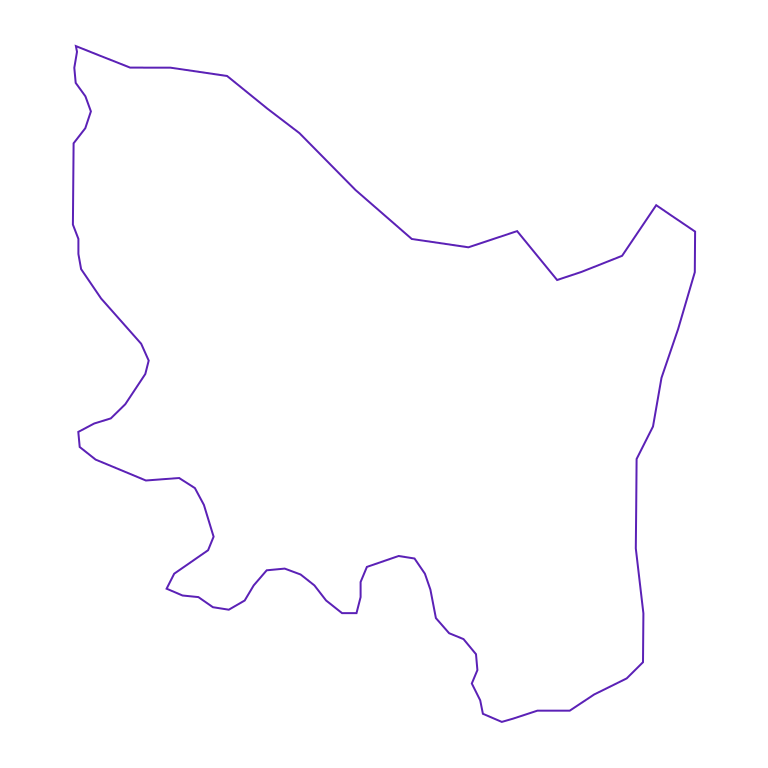 Unpha, Hwanghae-bukto, North Korea (Robinson projection)
{"feature_id": "82179303B22390657322605", "entity_name": "Unpha", "entity_type": "district", "adm_level": 2, "iso_a3": "PRK", "parent_name": "North Korea", "parent_adm1": "Hwanghae-bukto", "projection": "robinson", "projection_center": [125.8, 38.378], "detail": "fine", "context": "isolated", "style": "outline", "palette": "violet", "viewbox_px": 768, "rotation_deg": 0, "n_neighbors": 0, "source": "geoboundaries", "source_scale": "gbopen_adm2", "svg_char_len": 1194}
<svg xmlns="http://www.w3.org/2000/svg" viewBox="0 0 768 768"><path d="M292.0,571.3L300.6,574.5L314.4,585.4L326.1,600.5L342.0,613.1L356.5,613.1L360.6,597.1L360.6,582.0L366.9,566.9L398.6,556.0L414.5,558.5L424.9,573.7L430.4,589.6L435.9,618.1L449.1,633.2L463.5,639.1L476.0,654.2L477.4,670.1L471.8,683.5L480.2,700.3L482.9,713.8L501.8,721.9L512.9,718.7L537.3,710.7L569.7,710.7L594.1,694.5L626.7,678.4L643.0,662.2L643.4,613.4L635.8,548.4L636.2,507.7L636.6,459.0L653.0,426.5L661.5,377.8L678.1,329.1L694.8,272.2L695.1,231.6L671.0,215.3L656.2,205.2L622.1,255.8L581.5,271.9L557.1,280.0L517.1,231.1L468.4,247.3L411.8,239.0L355.6,190.1L299.4,133.1L267.3,108.6L227.1,76.0L170.6,67.7L130.1,67.6L100.2,55.8L75.9,46.1L77.0,51.8L74.3,67.8L75.7,82.9L85.4,96.3L90.9,111.4L85.3,128.2L73.6,143.3L72.9,224.6L78.4,238.9L78.4,254.0L81.1,269.1L101.1,298.5L141.2,343.8L148.7,360.6L145.3,374.0L125.3,404.2L110.8,418.4L94.2,423.5L78.3,431.9L79.7,447.0L95.6,459.6L145.9,480.5L179.1,478.0L194.9,488.1L203.9,504.9L213.6,536.7L208.1,550.2L174.2,573.7L166.6,588.7L182.5,595.5L198.4,597.1L212.9,607.2L228.8,609.7L244.7,600.5L253.7,585.4L266.7,570.3L284.7,568.6L292.0,571.3Z" fill="none" stroke="#5b21b6" stroke-width="2"/></svg>